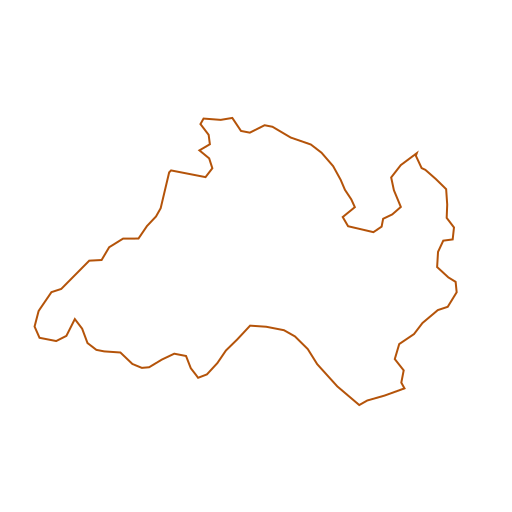 Namwon-si, North Jeolla, South Korea, rotated 11°
{"feature_id": "91817680B21680824294868", "entity_name": "Namwon-si", "entity_type": "district", "adm_level": 2, "iso_a3": "KOR", "parent_name": "South Korea", "parent_adm1": "North Jeolla", "projection": "mercator", "projection_center": [127.45, 35.426], "detail": "fine", "context": "isolated", "style": "outline", "palette": "amber", "viewbox_px": 512, "rotation_deg": 11, "n_neighbors": 0, "source": "geoboundaries", "source_scale": "gbopen_adm2", "svg_char_len": 1426}
<svg xmlns="http://www.w3.org/2000/svg" viewBox="0 0 512 512"><g transform="rotate(11 256 256)"><path d="M394.2,124.4L380.8,139.1L373.7,153.1L378.8,165.1L388.8,180.2L381.8,189.2L373.7,195.2L373.7,203.2L366.7,210.2L340.7,209.2L333.7,201.2L343.7,189.2L338.7,182.2L330.7,174.1L324.6,165.1L314.6,153.1L300.6,142.1L288.6,136.1L267.5,133.1L247.5,126.0L239.5,126.0L226.4,136.1L217.4,136.1L206.4,125.0L195.4,129.1L178.3,131.1L176.3,137.1L186.4,146.1L189.4,155.1L180.3,163.1L191.4,169.1L196.4,178.2L191.4,188.2L171.3,188.2L156.3,188.2L154.8,190.5L153.3,227.3L150.3,236.3L143.3,247.3L137.3,261.3L122.2,264.3L110.2,275.4L105.2,289.4L93.2,292.4L71.1,325.5L62.1,330.5L54.0,349.3L53.1,351.5L52.1,367.5L59.1,377.6L76.1,377.6L85.1,370.6L90.2,352.5L99.2,360.5L107.2,373.6L117.2,378.6L125.2,378.6L141.3,376.6L155.3,385.6L165.3,387.6L172.3,385.6L183.4,375.6L194.4,367.5L206.4,367.5L213.4,378.6L219.9,384.3L222.4,386.6L230.4,381.6L238.5,368.5L244.5,354.5L253.5,341.5L263.5,325.5L279.5,323.5L297.6,323.5L309.6,327.5L324.6,337.5L336.7,350.5L360.7,368.5L385.8,382.6L392.8,376.6L408.8,368.5L427.0,357.6L422.8,352.6L422.8,340.1L411.9,330.7L413.4,315.1L426.0,302.5L432.2,290.0L444.8,274.4L453.9,269.3L459.9,253.3L456.9,243.3L448.9,240.3L435.9,232.3L433.9,217.2L436.9,205.2L445.9,202.2L444.9,190.2L435.9,182.2L433.9,169.1L429.9,154.1L417.8,146.1L405.8,139.1L401.8,138.1L393.8,127.1L394.2,124.4Z" fill="none" stroke="#b45309" stroke-width="2"/></g></svg>